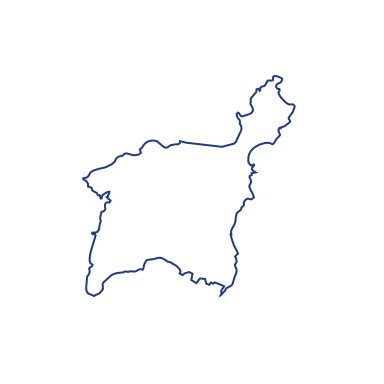 the Autonomous Republic of Crimea, rotated 311°
{"feature_id": "UKR-283", "entity_name": "Crimea", "entity_type": "Autonomous Republic", "adm_level": 1, "iso_a3": "UKR", "parent_name": "Ukraine", "parent_adm1": "", "projection": "albers", "projection_center": [34.531, 45.3], "detail": "fine", "context": "isolated", "style": "outline", "palette": "blue", "viewbox_px": 384, "rotation_deg": 311, "n_neighbors": 0, "source": "natural_earth", "source_scale": "10m", "svg_char_len": 4883}
<svg xmlns="http://www.w3.org/2000/svg" viewBox="0 0 384 384"><g transform="rotate(311 192 192)"><path d="M127.9,110.1L130.1,107.8L130.9,105.4L130.3,101.7L130.9,100.9L134.0,103.1L136.7,103.4L139.9,102.5L142.9,103.2L146.1,105.1L149.6,107.4L152.8,109.8L155.2,111.2L158.1,112.3L160.6,113.3L164.5,113.8L167.2,112.9L169.6,113.1L172.2,114.5L174.1,115.9L176.4,115.9L178.3,117.3L179.4,119.8L180.4,121.9L181.6,124.0L183.2,125.6L185.3,127.2L188.1,127.7L189.2,125.9L189.8,124.7L192.6,125.2L194.7,124.9L197.6,124.7L200.8,125.4L204.0,127.5L205.9,129.5L207.4,132.8L207.4,135.8L207.4,139.7L207.7,142.2L209.2,144.1L213.4,145.2L216.6,147.8L219.1,150.3L220.7,150.7L222.5,149.6L225.5,155.4L245.7,184.9L256.1,192.0L258.7,192.2L271.0,188.6L272.5,187.6L274.3,185.5L274.6,184.5L274.7,183.7L275.0,183.0L276.0,182.7L276.3,182.4L277.4,180.9L277.6,180.4L277.8,178.6L278.4,176.7L279.3,175.2L280.4,174.5L282.1,174.6L282.3,175.6L281.8,177.2L281.4,178.9L281.9,180.1L283.2,181.1L288.5,184.2L291.2,185.1L293.7,184.5L295.7,181.8L296.6,178.7L296.9,178.3L298.8,177.1L300.2,175.5L301.6,175.0L309.6,174.9L310.6,174.3L311.7,173.4L312.8,173.7L313.4,174.9L312.8,176.7L313.7,176.6L314.4,176.1L315.0,175.5L315.7,175.2L317.0,175.4L319.3,176.9L320.7,177.2L324.8,176.1L326.2,176.4L328.0,178.6L329.2,179.7L330.3,179.3L331.5,178.0L332.6,177.7L333.7,178.3L334.8,179.5L336.1,182.9L336.7,185.2L336.2,186.3L333.9,186.9L333.1,187.0L332.3,186.8L330.2,185.7L328.6,185.5L327.2,185.9L326.3,186.9L326.0,188.9L326.3,189.6L326.8,190.0L327.0,190.4L326.5,191.3L325.9,191.7L324.4,191.8L323.7,192.1L322.9,193.4L322.1,195.4L321.6,197.6L321.1,203.4L321.2,205.6L321.6,207.7L323.6,209.8L324.5,211.2L324.4,212.7L323.5,213.7L318.5,215.6L312.3,216.1L311.5,216.3L310.8,216.8L310.6,217.3L310.2,219.1L309.9,219.6L308.6,219.9L302.3,218.7L298.3,216.3L298.3,217.0L296.1,216.1L294.6,217.7L293.4,220.0L292.4,221.2L287.0,221.0L282.2,221.9L280.8,221.3L280.1,219.1L279.7,218.1L277.6,215.5L276.7,214.8L272.1,211.9L267.1,210.0L264.0,209.6L261.0,209.6L258.1,210.3L255.6,211.5L251.9,214.6L251.3,215.4L251.1,216.5L250.8,217.4L250.6,218.1L250.8,219.2L251.2,219.6L253.3,220.5L253.3,221.1L252.4,221.5L250.1,221.4L249.0,221.8L248.2,223.0L248.1,224.2L248.6,227.2L245.2,224.6L244.9,225.0L244.2,225.5L243.7,226.0L242.0,225.0L240.8,225.8L239.2,229.1L237.9,230.2L234.9,231.0L233.7,231.6L232.0,234.8L230.5,239.1L228.6,242.2L225.5,241.8L224.8,240.7L224.1,239.3L223.3,238.2L221.9,237.7L219.5,237.6L218.8,237.7L218.0,238.1L217.4,238.6L217.0,239.2L216.4,239.7L215.1,239.9L212.8,239.4L211.8,240.1L210.7,240.5L205.8,239.7L203.3,240.6L198.3,244.0L195.7,245.2L190.1,246.4L187.7,247.4L186.0,249.3L185.9,249.0L185.9,248.8L185.8,248.7L185.5,248.7L182.7,252.7L182.4,253.4L181.7,254.3L179.3,258.5L176.5,265.7L175.8,267.0L175.2,267.2L173.6,266.9L172.6,267.0L171.9,266.9L171.5,266.9L171.2,267.3L171.2,267.6L171.2,267.9L171.0,268.3L169.5,270.7L168.6,271.5L165.3,272.1L164.4,273.2L163.7,274.7L162.8,276.4L162.0,277.2L159.6,278.8L158.6,279.1L157.0,279.4L149.3,282.9L147.9,283.1L146.3,282.8L141.8,281.0L140.9,281.1L139.5,281.6L138.7,281.7L134.0,281.5L133.2,281.3L135.7,280.5L135.8,279.4L137.2,278.7L141.9,278.1L141.2,275.6L138.7,268.5L136.6,268.0L136.1,265.7L133.3,265.9L132.2,263.1L134.9,258.9L132.0,254.7L126.1,255.1L125.1,249.2L130.7,246.0L129.7,242.3L125.7,239.8L123.1,239.4L122.4,236.1L124.4,235.5L125.2,234.3L125.7,232.6L126.0,230.6L126.0,228.4L125.2,224.5L125.0,222.8L124.9,222.2L123.7,219.7L123.4,218.8L123.2,216.3L122.2,212.2L120.4,209.9L115.7,206.7L111.8,203.1L110.7,202.6L107.8,202.9L105.1,203.9L102.7,205.3L101.1,205.8L100.4,204.8L99.7,203.4L98.2,202.6L95.1,201.6L94.1,200.6L91.7,197.5L90.0,196.4L89.4,195.6L88.6,194.1L88.0,193.6L86.8,193.1L86.2,192.7L81.6,188.6L79.1,186.9L76.3,185.7L65.9,184.5L64.4,184.7L63.3,185.5L60.8,188.1L59.8,188.7L54.8,188.6L53.3,188.0L50.9,186.7L49.3,186.4L47.6,181.0L47.3,179.6L48.3,177.0L50.5,174.8L58.9,168.7L60.2,168.3L61.8,168.2L63.1,167.9L64.2,167.3L65.2,166.5L65.9,165.8L66.3,165.1L66.9,164.6L67.9,164.4L68.6,164.6L70.0,165.1L70.8,165.2L71.7,164.9L71.9,164.2L71.7,163.2L71.6,162.5L71.7,161.7L72.0,161.1L72.5,160.4L74.7,158.3L79.5,155.2L95.3,148.1L96.2,147.5L96.6,146.3L96.3,145.9L95.6,145.5L95.1,144.9L95.2,143.9L95.8,143.4L96.4,143.8L97.5,145.3L100.0,146.8L102.4,146.5L107.5,143.4L110.0,142.4L110.4,141.8L112.5,139.5L113.5,139.0L116.5,137.2L117.5,136.8L118.0,137.0L119.3,137.9L120.1,138.1L120.8,138.1L122.5,137.6L124.2,135.5L125.6,134.6L126.4,134.3L127.0,134.2L127.8,134.4L128.5,134.8L129.2,135.3L129.4,135.9L129.7,136.4L130.5,136.5L132.0,136.3L132.1,135.1L132.0,132.8L132.2,131.0L133.2,131.5L134.4,130.9L136.7,130.3L137.9,129.5L136.7,128.4L135.4,127.7L131.4,126.6L129.7,126.8L128.9,127.1L128.4,127.7L128.0,128.0L127.1,127.3L128.4,125.6L129.0,124.5L128.8,124.0L128.0,123.6L127.9,122.8L128.3,121.8L128.8,121.0L128.7,120.3L127.9,116.9L127.8,115.7L128.6,114.7L129.2,113.6L128.9,112.1L127.9,110.1Z" fill="none" stroke="#1e3a8a" stroke-width="2"/></g></svg>